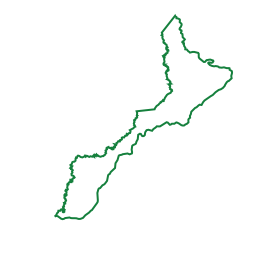 Puerto Wilches, Santander, Colombia (orthographic projection), rotated 223°
{"feature_id": "7082276B91247844433249", "entity_name": "Puerto Wilches", "entity_type": "district", "adm_level": 2, "iso_a3": "COL", "parent_name": "Colombia", "parent_adm1": "Santander", "projection": "orthographic", "projection_center": [-73.726, 7.663], "detail": "fine", "context": "isolated", "style": "outline", "palette": "green", "viewbox_px": 256, "rotation_deg": 223, "n_neighbors": 0, "source": "geoboundaries", "source_scale": "gbopen_adm2", "svg_char_len": 5934}
<svg xmlns="http://www.w3.org/2000/svg" viewBox="0 0 256 256"><g transform="rotate(223 128 128)"><path d="M88.4,213.8L87.6,217.7L86.5,219.7L85.9,222.1L86.0,224.9L86.4,225.7L87.0,228.8L86.9,230.2L86.4,231.0L86.1,235.0L88.0,236.5L89.2,238.8L90.0,239.8L90.9,240.4L93.4,239.9L94.4,240.9L94.8,240.8L96.6,239.1L99.2,237.8L100.6,236.0L102.6,234.5L103.6,234.5L104.6,234.1L106.1,233.1L107.1,231.8L108.9,230.7L111.1,229.9L113.0,230.0L113.6,230.2L113.8,230.7L113.4,231.3L111.5,232.5L110.8,233.6L111.1,235.1L111.7,235.4L114.4,234.2L115.0,233.6L116.8,231.2L116.8,228.8L117.6,228.0L123.3,227.6L124.6,228.1L126.9,230.5L127.9,230.8L131.3,228.9L132.7,227.6L134.1,225.4L135.1,225.5L136.1,225.2L138.5,225.5L139.8,224.6L140.8,225.8L142.7,226.2L143.7,227.0L144.6,227.2L144.6,227.9L144.9,228.2L146.3,227.7L146.9,227.8L147.1,228.4L146.6,229.6L146.9,231.6L149.9,231.7L152.2,233.8L154.0,233.6L154.6,234.2L154.8,235.3L155.4,235.8L157.0,235.3L157.8,235.5L158.3,236.6L158.3,237.8L159.1,240.0L160.0,240.7L162.4,240.7L163.8,242.5L164.5,242.7L166.3,242.1L167.4,241.3L168.3,242.2L169.7,241.9L170.1,242.1L168.3,220.8L166.7,220.0L166.7,218.8L166.0,219.0L165.2,218.7L164.7,217.7L163.5,216.9L161.5,216.6L161.2,215.6L160.6,215.3L160.3,214.7L159.6,214.7L159.1,215.2L158.1,214.8L156.7,215.2L155.8,214.5L154.3,214.0L154.9,213.1L154.4,212.4L153.5,212.6L154.1,212.1L153.7,211.8L153.1,212.2L152.5,211.7L152.2,212.5L151.5,212.4L151.2,212.1L151.7,211.5L150.4,210.0L150.6,208.8L150.9,208.7L150.7,208.2L151.0,208.1L151.2,206.6L150.7,206.9L150.2,206.5L150.5,205.5L151.4,204.5L149.9,203.9L149.2,204.3L148.5,202.9L146.4,201.3L146.1,199.5L145.3,198.7L145.0,198.6L144.7,199.3L144.1,199.8L144.2,199.1L143.2,198.9L142.5,199.1L142.0,199.7L141.5,199.5L141.5,199.8L140.2,199.9L139.4,199.3L139.3,198.7L137.9,198.2L137.6,197.7L137.8,197.1L138.2,197.4L138.7,197.1L138.5,196.5L138.7,195.8L138.3,194.7L137.8,194.5L137.9,193.9L137.2,193.6L136.1,193.7L135.2,192.3L133.8,191.7L133.2,191.0L132.2,190.8L132.3,190.5L131.5,190.9L131.2,190.6L129.9,190.9L129.0,190.4L128.9,190.7L128.4,190.6L128.2,190.1L127.4,189.9L127.3,189.2L127.0,189.3L127.4,188.7L127.2,188.8L127.1,188.1L127.3,187.6L126.0,187.6L125.3,186.9L125.2,186.1L123.9,185.7L123.7,185.2L122.2,185.8L121.9,185.2L121.4,185.4L121.0,185.2L121.1,183.8L120.8,182.8L121.8,180.4L122.1,178.8L121.6,175.4L120.9,173.5L121.1,173.1L120.9,172.8L121.5,172.5L121.3,171.6L120.7,171.5L121.4,170.7L121.6,170.0L121.4,169.6L121.8,169.1L121.4,168.6L121.7,167.6L121.6,165.7L122.1,163.7L121.8,161.1L121.3,159.8L133.1,146.1L131.5,145.2L130.2,143.4L129.7,143.5L129.8,142.8L128.6,142.1L128.5,141.3L129.1,140.4L128.4,139.3L128.7,138.7L128.2,138.3L128.0,137.5L128.3,137.4L127.3,136.6L127.4,136.4L126.7,135.1L124.8,134.4L124.9,134.2L124.4,134.2L124.1,133.7L124.0,134.0L123.6,133.9L124.0,132.9L123.9,131.5L125.2,127.7L124.4,127.6L123.6,126.9L123.1,125.7L123.8,124.9L123.8,123.3L124.4,123.3L124.7,123.1L124.4,122.8L124.8,122.7L124.6,122.4L124.3,122.5L123.9,121.9L124.3,121.7L124.2,120.7L124.8,120.3L124.4,118.4L125.6,117.5L125.9,116.7L124.7,115.5L124.8,114.8L125.6,113.9L125.6,113.5L124.9,113.1L124.8,112.5L125.8,112.1L126.2,111.4L125.7,110.2L126.2,109.3L125.5,108.7L125.3,107.9L126.5,107.1L125.1,107.0L125.5,105.4L125.2,105.1L124.5,105.2L124.3,104.9L124.5,104.4L125.5,104.4L125.6,103.6L125.1,103.2L123.9,103.2L125.1,102.8L124.3,102.4L124.9,101.6L125.9,101.3L127.1,101.7L127.6,101.0L128.5,100.5L129.3,100.9L130.0,99.3L130.0,98.6L129.3,98.5L128.8,98.0L129.1,96.3L128.1,95.9L127.9,94.8L126.9,94.7L126.9,93.8L126.5,92.9L126.9,92.0L126.8,90.7L127.5,90.1L128.5,88.2L130.3,87.4L131.5,87.4L131.6,86.4L133.1,87.1L133.1,86.5L134.0,85.7L133.1,85.0L133.7,84.4L133.0,83.8L134.1,83.6L134.5,84.1L134.5,82.7L136.2,81.7L136.6,80.4L138.7,79.8L139.1,78.8L139.6,78.9L139.5,78.1L140.6,78.3L140.5,77.3L141.3,75.4L142.8,74.5L144.6,74.3L145.7,73.7L145.8,73.0L145.0,71.1L145.2,70.8L145.8,70.8L145.5,69.9L144.1,68.3L144.2,66.9L144.9,66.2L145.4,65.1L144.5,63.1L144.9,61.7L144.4,61.4L142.7,62.1L142.3,60.6L142.9,60.0L142.9,59.3L142.1,59.5L141.7,59.1L141.1,59.7L139.6,59.5L139.5,58.2L138.2,57.5L138.1,55.9L136.9,55.0L135.2,55.8L133.3,55.4L133.3,54.8L133.9,54.1L133.6,52.9L134.3,51.7L133.7,51.3L132.6,51.5L132.3,51.1L133.2,50.4L134.4,50.3L133.8,49.6L132.7,50.0L132.5,49.8L134.0,48.4L134.0,47.4L132.9,46.1L133.0,45.7L134.0,45.6L133.9,45.3L132.6,44.2L131.9,43.0L130.2,42.1L130.2,41.2L131.3,40.5L131.0,39.4L130.7,39.2L129.3,39.3L128.3,37.8L127.2,37.2L127.1,36.7L127.6,36.4L128.9,36.4L128.8,35.5L128.2,35.1L127.4,35.5L127.5,34.3L126.9,33.5L125.6,33.6L125.1,32.9L124.1,33.0L123.7,32.6L123.7,31.3L122.6,30.2L123.6,29.5L122.4,28.8L122.3,27.6L121.2,27.0L121.1,26.4L121.6,25.8L121.0,25.3L120.2,25.3L119.9,24.2L119.1,24.8L118.5,24.9L118.4,24.2L117.4,23.3L117.5,22.6L118.2,22.1L118.8,22.3L119.5,23.1L121.1,23.2L121.5,22.5L121.2,21.1L122.5,20.0L121.6,18.6L121.8,17.4L121.1,15.5L121.2,13.3L120.5,14.8L119.1,15.6L114.9,16.1L113.7,16.7L112.9,17.9L112.5,19.3L109.8,22.6L108.1,23.3L104.3,26.7L102.1,27.8L100.8,29.1L99.6,31.6L99.7,35.1L98.8,39.6L98.8,42.2L98.4,43.3L99.5,52.1L99.8,53.3L100.8,54.6L106.1,59.6L107.9,63.0L108.0,64.0L107.4,65.1L107.6,68.6L106.9,70.8L107.0,72.5L107.3,75.1L110.3,79.9L110.4,80.8L110.0,82.0L110.6,84.0L110.2,89.9L113.1,93.7L113.8,97.4L115.8,101.3L115.8,102.1L114.3,104.2L114.0,105.2L111.0,109.0L108.8,109.9L107.8,112.1L108.6,113.2L110.5,114.6L112.7,117.7L112.7,118.7L111.7,121.2L111.6,122.0L112.5,123.7L113.2,126.4L115.9,130.0L115.4,131.9L114.5,132.4L112.5,131.8L111.8,132.0L111.0,132.8L110.9,134.3L112.5,136.6L112.9,139.1L111.9,140.6L108.5,142.4L108.7,144.5L108.1,147.4L108.1,148.8L105.7,151.0L103.7,158.5L102.6,159.1L99.6,158.9L99.1,159.6L98.8,161.1L97.0,162.7L96.5,164.9L96.1,165.3L94.1,166.0L90.8,166.5L89.4,167.3L88.6,168.3L88.5,169.6L87.8,171.2L87.6,173.3L89.5,175.2L89.8,176.1L89.6,177.9L91.0,179.1L91.4,180.8L92.8,183.1L92.6,188.5L92.0,189.9L91.8,192.7L91.5,193.9L89.9,195.0L90.7,198.1L90.8,200.3L89.2,207.7L88.5,210.0L88.4,213.8Z" fill="none" stroke="#15803d" stroke-width="2"/></g></svg>